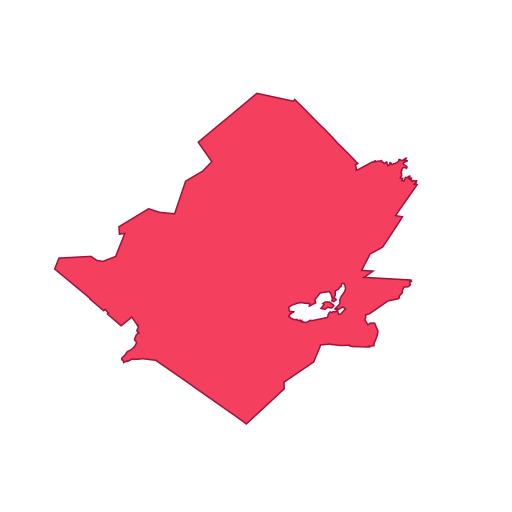 Staiceles pag., Alojas, Latvia (Equal Earth projection), rotated 329°
{"feature_id": "27541924B5115242509873", "entity_name": "Staiceles pag.", "entity_type": "district", "adm_level": 2, "iso_a3": "LVA", "parent_name": "Latvia", "parent_adm1": "Alojas", "projection": "equal_earth", "projection_center": [24.767, 57.89], "detail": "fine", "context": "isolated", "style": "filled", "palette": "rose", "viewbox_px": 512, "rotation_deg": 329, "n_neighbors": 0, "source": "geoboundaries", "source_scale": "gbopen_adm2", "svg_char_len": 5988}
<svg xmlns="http://www.w3.org/2000/svg" viewBox="0 0 512 512"><g transform="rotate(329 256 256)"><path d="M161.2,395.0L211.7,384.4L215.2,378.3L215.4,378.1L216.0,378.5L216.6,378.5L245.1,376.8L250.6,376.5L250.8,376.6L264.1,366.8L265.3,365.5L265.5,365.4L265.9,365.7L273.6,369.3L275.5,371.1L277.9,372.7L280.0,374.5L283.7,377.1L290.2,380.5L289.7,380.8L290.6,382.1L291.8,383.1L304.7,391.4L306.3,392.3L306.2,391.5L311.0,393.6L312.2,391.8L315.7,389.1L318.8,386.8L321.0,384.4L322.0,382.7L322.1,381.5L323.1,374.6L319.6,372.5L316.5,372.6L316.5,367.0L316.3,366.8L318.3,365.4L318.3,365.2L319.6,363.0L323.5,363.9L324.9,363.9L345.8,362.5L356.2,366.0L357.5,365.5L357.9,364.2L362.4,362.9L364.1,360.6L366.5,359.0L368.0,359.4L370.6,360.8L373.5,360.2L374.4,357.1L376.2,357.9L376.5,356.4L366.0,349.3L337.5,329.9L348.5,329.2L339.1,322.8L353.3,314.0L353.5,313.8L354.5,313.0L369.1,313.6L376.7,310.0L394.4,301.5L397.6,300.0L401.7,297.8L396.4,293.2L431.0,277.8L430.4,276.8L430.2,276.6L428.9,276.4L428.5,276.1L428.4,275.8L428.6,275.7L429.9,275.9L430.6,275.8L431.3,275.3L431.3,275.1L431.0,275.0L430.9,274.9L431.1,274.7L431.8,274.5L432.3,274.5L432.5,274.2L432.1,274.0L431.1,273.7L429.9,272.4L429.4,272.3L428.3,272.5L428.1,271.6L428.2,270.8L428.1,270.0L428.2,269.8L428.6,269.6L429.1,269.9L429.3,269.7L429.4,269.4L429.3,269.1L429.0,268.9L428.6,268.9L427.9,269.2L427.2,269.3L427.0,269.1L427.1,268.7L427.8,268.4L427.9,268.2L427.4,267.8L427.1,267.7L426.7,267.4L426.8,267.2L427.4,267.0L428.7,267.0L429.0,266.9L428.6,266.5L427.4,266.4L426.5,266.6L425.9,266.5L424.9,265.8L424.5,265.7L424.4,265.6L423.4,266.7L423.0,266.9L422.4,267.3L421.8,268.0L421.3,267.9L420.9,267.1L420.6,267.0L419.8,266.5L419.8,266.3L421.4,265.5L421.8,265.0L420.0,263.9L419.8,263.6L419.8,263.3L420.4,262.9L421.4,262.6L422.2,262.2L422.7,261.0L423.4,260.1L423.4,259.6L423.2,259.1L424.5,258.3L425.0,257.8L424.8,257.2L426.8,256.3L427.5,256.2L428.1,256.3L428.8,256.5L430.1,258.1L430.1,258.3L430.7,258.2L431.3,257.3L431.4,256.9L430.4,254.8L429.6,253.4L429.6,253.1L429.8,253.1L429.8,252.6L430.1,252.3L431.1,252.1L432.1,252.2L434.4,252.6L434.7,252.2L434.5,251.8L432.6,251.1L432.1,250.6L432.4,250.2L435.2,249.7L435.3,249.6L434.9,249.3L434.1,249.3L432.7,249.5L431.6,249.5L430.4,249.4L430.0,249.2L429.6,248.7L429.4,248.1L429.1,247.6L428.5,247.0L428.2,247.0L427.9,247.1L427.8,247.3L427.6,247.8L427.4,248.0L426.6,248.3L424.9,248.5L422.6,248.3L421.5,247.7L420.0,247.9L419.5,247.6L419.6,245.8L419.5,245.3L418.9,245.0L418.7,245.2L417.9,246.3L416.3,246.7L415.4,246.5L415.9,245.8L416.0,245.2L415.6,244.2L416.1,243.6L416.5,243.1L416.6,242.9L416.4,242.6L414.0,242.9L413.6,242.7L413.2,241.0L412.4,240.5L412.3,240.3L412.3,240.2L412.6,239.6L412.7,238.8L411.3,238.5L409.3,237.4L407.2,236.9L406.9,236.6L407.3,236.1L407.3,235.9L407.1,235.7L406.4,235.7L405.7,236.0L405.2,236.0L404.7,235.8L404.6,235.5L402.9,235.2L398.7,235.1L396.4,234.9L389.0,234.6L386.8,234.3L386.0,233.9L387.1,232.8L387.3,232.4L387.2,231.6L387.5,231.2L387.9,230.5L388.0,229.1L390.9,229.1L390.2,226.7L390.1,225.6L387.9,216.2L385.6,207.1L384.1,201.4L382.8,194.7L379.9,181.8L378.9,178.8L373.1,154.8L369.8,141.7L367.9,142.7L340.5,117.0L308.8,122.0L293.9,124.2L265.1,128.7L266.7,152.4L254.1,155.8L234.2,155.6L208.0,177.9L195.9,169.0L188.3,160.2L153.6,160.3L150.2,167.0L155.2,169.1L135.4,184.1L122.0,181.8L117.4,177.9L114.3,171.3L86.0,156.3L76.7,163.5L76.8,163.6L90.0,201.3L91.9,206.8L91.5,207.2L97.2,224.4L99.0,224.1L99.5,225.6L100.0,229.1L98.8,229.2L104.4,246.3L107.9,245.9L118.1,244.4L118.6,252.3L118.7,253.5L118.8,253.9L119.1,254.2L118.6,254.2L118.6,256.3L118.6,256.5L115.8,258.2L115.3,258.9L115.4,259.2L115.9,259.8L115.4,260.3L115.5,260.5L116.1,261.2L116.1,261.6L113.9,261.7L112.6,262.1L109.3,264.5L108.8,265.2L108.7,266.5L109.2,267.2L109.2,267.9L108.8,268.8L107.6,269.8L106.3,270.6L105.4,271.0L101.1,271.9L99.2,272.0L96.9,271.7L95.6,272.0L93.2,273.2L91.2,273.8L88.7,274.3L87.9,274.9L87.6,275.5L87.6,276.1L88.2,276.8L88.2,277.8L87.7,279.2L88.3,279.3L88.7,279.2L89.1,279.3L89.8,279.3L90.5,279.6L90.9,279.5L91.0,279.9L91.2,280.0L91.8,279.8L92.0,280.2L92.3,280.3L93.0,280.3L93.5,280.3L94.2,280.5L96.1,280.5L98.1,281.3L98.3,281.9L99.2,282.3L99.5,282.3L101.0,283.4L106.0,285.7L116.3,293.7L134.5,334.0L135.5,336.6L142.5,352.3L156.6,384.0L160.3,392.6L160.2,392.7L161.2,395.0ZM290.8,342.1L290.1,342.1L287.8,343.3L286.0,345.2L284.8,345.2L271.8,340.7L271.0,340.3L270.2,339.8L269.4,339.0L267.2,339.1L265.9,339.0L264.6,338.6L262.9,337.4L261.5,336.2L261.8,336.1L260.7,335.2L261.8,334.7L261.3,334.4L260.9,333.9L260.7,333.8L260.6,333.5L260.2,333.4L259.9,333.5L258.8,332.8L258.1,332.2L257.7,331.7L258.1,331.5L257.9,331.4L257.9,331.2L256.4,330.6L255.8,330.0L254.9,328.6L254.1,327.5L253.9,327.1L253.8,326.0L253.6,325.7L253.0,325.2L252.9,324.8L253.0,324.6L253.4,324.4L253.5,324.1L254.3,323.9L254.5,323.6L255.0,323.4L255.3,323.5L255.7,323.3L255.9,323.5L257.5,323.2L259.3,323.5L259.7,323.2L256.3,320.8L256.4,320.0L257.5,316.8L262.2,316.6L264.2,317.2L268.0,318.0L269.9,319.0L270.3,318.8L270.8,319.2L273.2,321.4L277.5,324.3L275.9,326.4L283.0,326.9L284.0,323.8L292.1,320.7L300.3,324.1L300.8,326.9L299.4,332.2L297.9,333.4L299.2,335.2L302.3,334.8L301.7,332.2L301.0,332.0L303.5,330.7L303.8,330.4L304.9,328.6L305.9,326.7L309.7,326.9L311.6,326.0L312.4,326.0L313.5,325.8L313.7,325.6L314.0,324.8L314.6,324.3L314.9,324.2L315.9,324.1L316.6,324.3L316.9,324.6L317.3,326.4L317.2,326.9L316.7,328.0L316.0,330.0L315.0,331.1L313.1,332.4L308.4,334.5L307.1,335.3L305.2,336.8L303.9,339.3L303.1,340.1L301.7,340.7L296.4,342.0L296.8,343.1L298.2,343.0L297.3,344.5L301.2,344.2L301.3,344.5L304.0,344.1L305.5,347.4L299.1,349.3L296.6,348.6L297.5,345.8L296.7,345.1L294.8,344.5L293.2,343.4L292.0,343.7L290.8,342.1ZM287.7,337.2L290.4,336.9L291.6,337.4L293.5,339.2L294.4,339.5L296.5,339.1L297.0,338.7L297.2,338.1L297.2,337.8L297.0,337.2L296.6,336.6L296.1,335.6L296.0,334.3L295.5,333.7L295.0,333.2L293.2,331.9L292.4,331.5L291.5,331.1L290.9,331.1L289.5,331.3L288.8,331.3L289.2,332.6L284.7,334.4L287.7,337.2Z" fill="#f43f5e" stroke="#9f1239" stroke-width="1.5"/></g></svg>